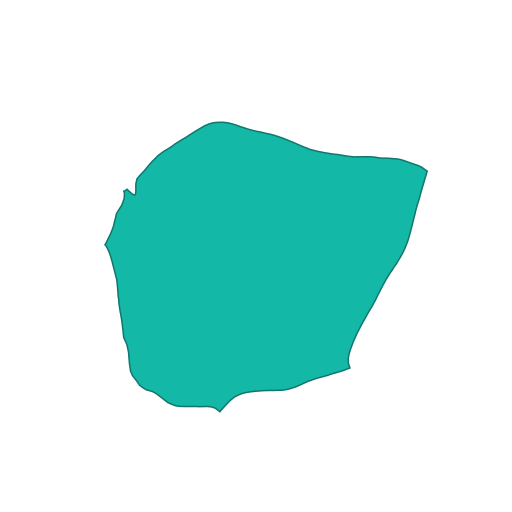 the district of Sah, Hadramawt, Yemen, rotated 219°
{"feature_id": "15242507B46813891716840", "entity_name": "Sah", "entity_type": "district", "adm_level": 2, "iso_a3": "YEM", "parent_name": "Yemen", "parent_adm1": "Hadramawt", "projection": "orthographic", "projection_center": [48.896, 15.508], "detail": "fine", "context": "isolated", "style": "filled", "palette": "teal", "viewbox_px": 512, "rotation_deg": 219, "n_neighbors": 0, "source": "geoboundaries", "source_scale": "gbopen_adm2", "svg_char_len": 4122}
<svg xmlns="http://www.w3.org/2000/svg" viewBox="0 0 512 512"><g transform="rotate(219 256 256)"><path d="M380.4,169.7L379.7,169.8L376.7,168.6L375.7,168.2L373.0,166.8L371.6,166.0L367.7,163.5L365.5,161.9L364.4,161.2L360.3,158.1L356.3,155.2L352.8,152.5L351.6,151.6L349.7,150.3L348.7,149.3L347.1,147.8L346.1,146.7L344.5,145.2L342.3,142.8L341.8,142.3L340.8,141.3L338.4,138.6L335.1,135.6L332.4,132.6L331.7,132.0L329.5,130.0L327.0,127.7L325.9,126.7L325.2,126.2L322.8,124.1L319.4,121.1L315.8,117.6L313.1,115.0L310.5,112.4L309.7,111.6L307.9,109.8L307.5,109.4L300.7,106.0L294.5,101.0L286.6,92.7L281.0,87.5L280.2,87.1L278.7,86.4L276.7,85.3L273.0,84.5L269.1,83.5L266.7,82.8L265.3,82.3L261.4,82.4L257.9,82.8L257.1,83.0L256.6,83.2L254.2,84.2L251.2,85.5L247.4,86.2L243.9,86.4L243.3,86.4L242.0,86.4L239.7,86.5L238.7,86.5L236.2,86.5L233.1,86.6L232.1,86.6L228.2,87.7L225.5,88.6L224.9,88.7L223.6,89.4L221.2,90.7L218.2,93.0L215.4,95.2L212.6,97.5L211.7,98.2L209.3,100.2L207.6,101.5L205.7,102.9L204.3,104.0L202.0,106.0L199.3,108.3L199.0,108.5L195.8,110.6L192.2,112.0L187.8,112.3L186.1,112.2L186.1,113.6L186.0,115.7L185.7,120.4L185.4,125.1L185.1,127.3L184.9,128.6L184.6,129.9L184.1,132.6L182.3,136.7L180.3,140.3L179.0,142.1L178.0,143.4L175.1,146.7L174.2,147.6L171.7,150.2L168.5,153.2L167.0,154.6L165.3,156.2L162.2,158.9L157.8,162.5L155.5,164.5L154.9,165.0L154.5,165.4L151.3,168.1L150.1,169.4L148.2,171.4L145.7,174.8L144.5,176.7L142.9,179.0L141.6,181.5L140.7,183.3L139.7,185.3L138.0,188.8L136.4,191.8L135.8,192.8L133.8,196.1L131.2,200.1L128.4,203.9L125.5,207.9L123.2,211.6L120.6,215.3L117.9,219.2L115.7,222.6L115.5,222.9L113.9,225.9L113.3,226.8L112.5,228.1L113.4,228.6L116.6,230.7L117.0,231.2L119.7,234.2L121.9,238.2L123.5,242.1L124.5,244.9L124.7,245.5L126.3,250.2L127.6,255.0L128.9,259.9L129.3,262.1L129.6,263.4L130.4,267.3L130.5,267.9L131.2,271.5L131.4,272.8L131.9,275.7L132.1,277.2L132.7,280.2L133.5,285.2L133.7,286.7L134.0,289.1L134.7,292.9L135.3,296.5L136.5,301.3L137.1,304.2L137.3,305.2L137.9,308.0L138.3,310.3L138.8,312.4L139.2,314.3L139.5,316.3L140.0,318.8L140.5,323.0L140.9,325.6L141.1,327.2L141.3,330.9L141.8,334.7L141.9,337.1L142.0,338.6L142.2,339.8L142.6,342.3L143.1,346.3L143.9,350.7L144.9,354.9L146.1,359.0L146.8,361.1L147.5,363.3L148.0,364.5L149.0,366.9L150.7,370.9L152.8,375.4L153.6,377.3L154.6,379.4L156.4,383.2L158.4,387.6L160.2,391.3L160.8,392.6L162.1,395.6L163.8,399.7L165.3,403.7L167.1,407.4L168.5,410.8L170.2,414.8L170.6,415.8L171.7,418.5L172.8,421.0L173.3,422.2L174.7,425.8L176.4,429.7L178.9,429.5L183.1,429.3L187.3,428.2L191.6,426.6L196.7,424.8L200.4,423.5L202.9,422.5L204.0,422.1L207.6,420.1L211.4,417.5L215.2,414.9L217.2,413.3L218.7,412.1L219.6,411.4L221.6,410.0L222.5,409.5L225.0,408.1L228.6,405.8L232.3,402.9L235.1,400.6L236.2,399.7L238.9,397.5L240.2,396.4L242.2,394.7L245.8,392.4L246.6,391.9L248.9,390.5L253.1,388.1L256.2,386.4L256.5,386.2L259.8,384.0L263.2,382.0L263.8,381.7L267.4,379.6L267.9,379.3L272.2,377.1L273.0,376.6L276.4,375.0L281.4,372.7L283.0,372.3L285.4,371.5L289.9,370.1L294.6,368.8L298.6,367.7L302.2,366.6L307.2,365.1L308.9,364.6L310.6,364.0L314.1,362.7L317.7,361.3L321.1,359.8L322.0,359.4L325.0,357.8L326.1,357.3L326.7,357.0L330.1,355.4L334.1,353.2L337.7,351.5L342.5,349.4L346.8,347.8L350.3,346.4L350.9,346.2L353.7,345.3L354.9,344.8L358.8,343.2L362.2,341.5L365.6,339.3L369.3,336.3L372.6,333.2L375.2,329.8L376.9,326.7L377.8,325.0L378.6,322.9L379.4,320.8L381.0,316.6L382.2,313.1L383.7,308.6L385.3,303.6L386.7,300.1L388.2,295.6L388.7,294.3L389.4,292.2L390.1,289.4L390.4,288.2L391.2,285.8L391.7,284.3L392.3,282.6L393.3,279.9L393.8,278.3L394.4,276.0L395.4,272.2L395.4,271.6L395.8,267.6L396.2,263.8L396.3,262.7L396.4,257.2L396.5,251.7L396.5,251.4L396.9,246.3L397.1,241.2L394.8,236.5L390.2,230.8L389.0,229.0L388.5,227.7L388.7,226.9L390.1,226.5L392.5,226.3L397.4,226.6L398.3,226.7L398.6,225.3L398.8,223.9L399.0,223.4L399.3,223.4L399.5,223.4L399.5,223.1L399.1,222.9L397.8,222.0L397.4,221.6L394.5,217.4L392.3,211.0L391.6,204.8L391.1,201.1L389.3,197.5L387.5,193.5L385.6,189.7L384.3,186.0L383.3,182.7L382.9,181.4L381.8,176.3L380.8,172.1L380.4,169.7Z" fill="#14b8a6" stroke="#0f766e" stroke-width="1.5"/></g></svg>